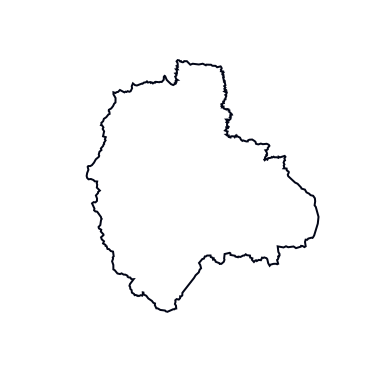 Kaeng Krachan, Phetchaburi, Thailand (orthographic projection), rotated 38°
{"feature_id": "78962969B83426526195600", "entity_name": "Kaeng Krachan", "entity_type": "district", "adm_level": 2, "iso_a3": "THA", "parent_name": "Thailand", "parent_adm1": "Phetchaburi", "projection": "orthographic", "projection_center": [99.487, 12.853], "detail": "fine", "context": "isolated", "style": "outline", "palette": "ink", "viewbox_px": 384, "rotation_deg": 38, "n_neighbors": 0, "source": "geoboundaries", "source_scale": "gbopen_adm2", "svg_char_len": 6024}
<svg xmlns="http://www.w3.org/2000/svg" viewBox="0 0 384 384"><g transform="rotate(38 192 192)"><path d="M292.7,121.3L289.8,120.4L287.3,121.5L285.5,121.2L282.4,121.8L279.5,120.6L276.2,121.9L275.2,121.3L270.1,120.5L267.4,121.1L258.1,120.3L256.8,119.4L256.3,117.1L255.7,116.5L253.4,116.6L252.1,115.3L249.7,116.9L249.7,115.9L248.0,114.7L247.9,113.4L246.1,112.5L245.5,110.6L245.8,109.8L244.2,108.7L244.0,106.8L242.8,106.5L240.0,110.5L238.4,110.9L238.9,111.9L237.3,112.5L235.5,113.9L234.6,113.9L234.1,115.2L233.3,115.3L233.1,116.5L231.2,118.4L231.5,120.1L230.0,120.3L229.7,122.2L229.0,122.0L229.1,121.2L228.2,119.5L228.5,117.2L227.7,117.1L227.8,115.8L226.2,114.6L224.2,113.9L225.1,112.9L225.4,111.6L224.6,110.7L224.6,108.0L223.4,107.5L221.2,108.0L218.4,110.7L216.4,111.5L215.1,113.5L213.9,114.2L212.7,114.6L211.4,113.5L210.1,113.3L207.1,113.6L205.0,115.5L204.4,116.8L204.8,117.8L203.7,118.7L200.5,119.9L200.2,120.7L198.3,120.6L196.4,119.6L193.2,120.3L192.5,120.0L192.6,121.0L191.7,120.9L191.9,122.5L191.0,122.3L189.2,123.4L188.4,124.4L188.8,125.3L187.1,126.0L186.2,124.9L185.3,125.8L183.6,125.8L184.4,125.0L183.1,123.5L182.8,122.4L180.2,123.2L180.4,121.0L179.4,120.1L181.0,119.4L180.8,118.1L178.8,118.2L177.5,116.5L177.6,115.1L176.2,115.7L176.0,114.3L174.3,113.9L175.8,112.7L177.0,112.9L177.3,110.5L176.7,109.8L176.0,109.8L176.3,108.9L175.5,108.7L174.9,107.9L175.9,106.5L175.2,106.2L174.5,106.8L173.7,105.9L172.2,106.0L171.3,104.8L170.6,105.3L169.9,104.4L168.5,105.0L168.4,105.8L165.6,106.6L164.8,105.9L163.9,106.6L163.9,105.7L163.0,106.4L162.4,106.3L162.4,105.0L162.0,104.5L161.4,105.0L161.1,104.8L161.7,103.7L161.6,102.7L162.2,102.3L161.0,101.5L161.5,100.9L160.7,98.9L161.3,98.3L160.5,97.2L159.9,95.2L158.5,95.0L158.8,94.0L158.2,92.2L157.2,91.7L156.9,92.6L155.7,92.8L156.3,91.5L155.6,91.6L155.6,90.8L154.7,91.1L154.0,90.8L154.1,89.2L152.2,88.7L152.6,87.3L150.7,85.8L149.7,85.6L149.9,85.0L148.8,84.7L148.9,84.2L147.8,84.0L145.9,82.5L146.4,82.0L144.6,80.3L144.0,80.8L143.3,80.5L143.2,78.5L142.4,78.9L142.1,78.0L140.6,78.9L140.5,78.4L139.5,77.9L139.4,76.5L138.6,75.8L137.2,75.4L135.0,78.2L132.9,78.1L130.3,80.0L128.7,80.0L124.9,82.8L124.9,83.6L121.5,84.3L118.9,87.3L113.6,90.5L112.3,92.7L107.4,92.1L105.3,93.7L105.3,94.9L104.6,95.6L103.5,96.0L102.7,95.7L102.3,96.4L100.8,96.2L99.5,96.9L99.4,98.5L101.3,99.3L102.7,100.8L102.3,102.1L103.9,102.2L103.7,103.7L105.2,104.2L104.0,105.2L105.0,105.4L106.9,107.5L105.9,108.8L107.7,109.1L108.0,110.1L107.7,111.4L110.1,112.7L111.6,112.6L110.6,113.6L110.6,114.4L111.1,115.0L111.6,114.3L112.0,114.7L111.5,116.5L112.1,116.5L112.8,115.7L111.3,119.3L109.1,119.9L105.0,119.5L103.0,119.2L99.6,117.3L98.9,117.4L98.9,118.6L100.6,120.9L100.4,123.9L99.0,124.9L98.7,125.6L95.5,127.6L95.2,128.0L95.6,128.5L94.4,129.7L94.3,130.5L93.0,130.4L92.5,131.2L92.1,130.8L91.4,131.1L89.8,132.9L88.4,132.6L88.1,134.0L86.8,135.3L86.4,137.1L85.9,137.2L83.0,142.0L81.2,142.9L78.6,142.8L79.4,145.8L80.9,147.1L81.6,150.4L80.9,151.6L79.2,152.2L78.8,153.5L77.8,153.9L77.4,155.1L72.4,156.0L72.1,158.7L71.0,159.9L70.8,161.1L68.7,161.8L70.0,163.4L73.9,165.0L76.6,168.6L76.3,170.3L76.9,172.9L76.9,175.9L75.9,178.4L76.5,179.4L77.7,179.8L79.0,181.2L78.4,182.5L78.4,185.8L77.5,188.6L78.4,190.9L78.0,193.3L78.9,194.3L79.1,195.3L80.2,194.9L82.4,195.6L82.8,197.3L85.4,198.3L87.6,202.9L90.3,201.9L90.9,204.1L92.1,204.5L92.4,207.6L93.2,208.2L93.1,209.3L93.6,210.3L93.4,213.8L94.8,214.7L94.3,217.2L95.4,219.8L96.6,220.6L96.9,221.7L96.1,225.5L96.7,229.2L96.6,232.5L95.8,234.3L94.3,235.4L94.3,236.4L96.7,238.3L97.7,241.6L99.1,244.2L100.6,245.4L102.6,245.7L104.3,244.0L107.1,243.2L108.7,243.5L110.8,242.1L111.7,243.9L112.8,244.6L114.3,247.1L118.5,247.6L118.0,249.8L118.6,250.7L118.4,253.9L121.2,255.6L122.6,257.6L122.3,259.6L120.7,260.6L120.2,262.5L125.3,265.1L126.1,266.7L127.9,266.8L129.0,266.0L129.8,266.0L135.8,267.8L136.4,268.5L137.4,268.8L137.6,270.1L140.1,274.5L139.9,277.1L141.1,278.0L143.7,277.6L144.5,279.3L148.3,279.9L148.8,280.5L148.2,283.7L150.1,284.9L153.0,285.0L153.6,287.3L156.3,286.9L157.1,287.7L158.1,287.3L160.5,288.9L161.7,288.1L164.4,288.5L166.5,287.6L169.9,290.9L169.8,292.3L170.9,293.2L171.7,295.8L174.9,297.9L177.7,301.4L179.3,301.2L183.4,302.1L185.8,301.0L186.6,299.5L188.9,299.2L190.5,298.1L192.7,297.7L193.4,298.4L194.4,298.4L196.1,297.4L197.5,297.9L198.6,297.6L199.7,296.6L199.8,302.6L200.5,304.5L201.7,304.9L203.0,306.3L204.8,306.5L206.6,308.3L208.9,308.0L210.3,308.6L211.1,307.7L212.9,307.5L213.0,307.0L214.2,306.7L215.2,304.8L216.6,304.3L216.3,303.0L215.0,301.4L215.6,301.1L217.0,302.5L219.9,301.9L223.1,302.8L227.4,302.5L229.8,303.1L231.5,302.6L232.3,304.0L235.5,305.6L236.4,304.9L239.7,304.4L243.7,302.0L244.7,302.2L246.4,301.5L249.4,295.9L250.4,295.2L250.5,294.3L251.3,293.5L249.3,291.4L247.5,290.8L246.7,288.8L245.5,287.6L245.8,285.9L247.8,284.9L248.0,283.1L246.9,281.5L247.8,280.9L248.0,279.5L246.5,277.3L246.5,258.4L246.1,255.4L246.8,251.2L245.9,248.5L246.1,246.5L243.5,244.5L241.2,243.6L241.4,238.5L242.4,237.2L241.8,234.9L242.6,234.2L243.0,232.8L245.7,230.6L246.9,231.7L248.7,231.1L250.0,232.1L250.2,231.1L251.1,231.8L252.3,231.5L253.6,232.4L257.5,231.2L258.1,231.6L259.4,230.5L260.0,227.4L259.3,225.4L258.3,224.7L255.9,220.8L259.2,216.7L260.0,216.7L261.1,217.9L265.0,215.8L265.9,216.2L268.4,215.1L268.3,214.4L270.2,213.3L271.4,210.6L272.3,209.9L272.7,208.0L274.2,208.0L276.8,206.4L278.2,207.8L280.4,207.1L280.9,208.5L283.9,209.0L284.1,206.9L284.6,206.3L285.6,206.5L286.3,204.5L288.3,203.3L287.6,200.6L288.7,200.1L289.2,199.1L291.4,198.3L292.7,198.6L295.9,201.2L298.6,202.3L298.7,200.8L300.4,198.5L302.3,196.9L303.6,196.5L304.1,195.5L300.9,193.2L301.1,192.2L300.6,190.6L299.6,189.9L299.6,189.1L300.2,189.0L300.0,188.0L299.0,186.9L297.0,186.1L293.0,182.1L298.3,179.3L299.5,176.9L301.8,176.3L305.6,172.4L308.5,172.2L311.4,168.1L311.1,167.3L312.4,166.5L314.5,166.2L315.0,164.8L311.8,161.8L310.9,159.6L312.2,158.7L312.3,157.1L314.2,154.5L315.2,154.0L315.3,153.3L315.0,151.0L310.6,139.5L307.0,133.7L298.8,127.6L296.8,127.0L294.8,123.5L292.7,121.3Z" fill="none" stroke="#020617" stroke-width="2"/></g></svg>